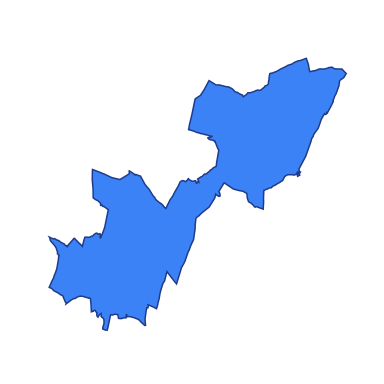 outline of Songdalen nor, Vest-Agder, Norway, rotated 279°
{"feature_id": "86288312B8031937761256", "entity_name": "Songdalen nor", "entity_type": "district", "adm_level": 2, "iso_a3": "NOR", "parent_name": "Norway", "parent_adm1": "Vest-Agder", "projection": "robinson", "projection_center": [7.708, 58.239], "detail": "fine", "context": "isolated", "style": "filled", "palette": "blue", "viewbox_px": 384, "rotation_deg": 279, "n_neighbors": 0, "source": "geoboundaries", "source_scale": "gbopen_adm2", "svg_char_len": 5932}
<svg xmlns="http://www.w3.org/2000/svg" viewBox="0 0 384 384"><g transform="rotate(279 192 192)"><path d="M304.7,191.4L294.9,188.0L288.7,185.2L285.3,181.4L284.1,180.5L268.7,179.8L258.6,179.0L255.9,178.9L253.8,179.1L253.7,178.8L253.1,178.8L252.9,179.8L252.8,181.5L252.2,185.2L251.8,186.7L251.5,187.7L251.5,188.7L251.6,188.9L251.1,191.2L251.0,194.4L250.8,195.3L250.6,197.4L250.8,198.0L250.5,199.1L250.3,199.5L250.3,199.9L250.1,202.3L250.3,203.6L248.7,201.1L248.1,199.2L248.2,198.6L247.7,199.5L247.7,199.8L247.4,199.9L247.5,200.2L247.1,200.3L246.6,200.8L246.6,201.8L246.4,202.2L246.4,202.6L246.6,203.6L245.9,206.1L245.9,206.7L245.2,206.5L244.6,207.4L238.9,210.7L237.4,211.9L224.8,211.7L221.1,211.9L219.3,209.3L217.1,207.7L216.7,206.9L216.1,206.4L215.5,206.2L212.1,203.2L211.9,203.0L211.7,201.5L208.8,199.5L208.2,198.3L205.7,195.5L202.9,197.3L202.7,197.3L203.4,196.3L201.3,195.4L201.5,194.7L202.6,194.5L203.2,194.0L203.7,193.8L203.7,193.2L203.1,192.4L202.8,191.1L202.7,190.2L203.8,187.2L204.2,186.9L204.6,186.3L202.5,185.2L201.7,184.6L201.1,183.8L201.5,183.4L201.9,181.7L201.5,180.3L200.5,178.9L197.0,177.8L195.9,177.6L189.6,175.1L185.0,173.6L180.4,171.4L171.7,168.8L172.2,168.3L172.3,167.5L173.5,166.2L173.4,165.8L174.4,165.4L175.5,163.6L175.8,163.2L175.6,163.0L176.3,162.0L176.5,161.4L179.0,157.2L181.1,155.8L181.1,155.5L182.2,154.1L188.0,149.2L192.1,144.4L199.7,138.6L199.8,136.9L200.0,136.5L200.5,134.2L200.3,133.6L200.4,133.4L199.9,133.1L200.7,132.0L202.4,128.4L202.5,128.2L202.4,127.9L202.6,127.7L202.4,127.4L203.0,127.0L203.3,126.1L202.8,126.8L200.2,127.2L196.7,123.2L195.4,121.6L193.8,119.7L193.1,119.0L193.0,118.2L193.3,117.3L193.2,116.1L193.7,110.4L196.1,102.1L196.3,100.8L197.0,98.2L197.3,96.6L198.7,90.2L196.6,90.4L188.3,91.6L179.5,93.8L170.8,95.3L169.7,97.2L169.0,99.1L168.9,100.0L167.6,102.0L166.2,103.7L165.9,103.5L164.7,103.8L164.7,104.2L164.4,104.4L164.5,104.7L164.8,104.8L164.9,105.5L163.8,106.2L163.8,107.5L161.3,112.2L160.0,112.0L143.6,111.3L138.5,110.4L131.7,108.7L132.7,108.5L133.2,108.1L134.9,108.6L136.2,107.9L136.4,107.6L136.4,107.3L136.1,107.1L135.9,106.6L135.7,106.5L135.6,106.1L135.9,105.6L136.0,105.1L136.4,104.8L136.5,104.4L135.9,103.1L134.6,101.8L133.1,101.0L132.8,100.0L131.2,97.7L130.7,93.4L128.7,92.9L121.1,92.2L122.7,90.3L124.4,87.6L126.0,85.7L126.8,84.4L127.2,84.1L127.3,83.7L127.7,83.4L127.7,83.0L127.8,82.8L122.0,79.1L119.5,77.7L118.5,77.5L118.7,76.9L119.4,76.7L119.1,76.1L119.9,74.5L120.6,74.2L121.8,70.4L123.2,67.9L123.4,66.8L123.2,66.5L124.0,65.0L124.5,63.5L124.0,62.6L124.0,62.2L125.1,58.2L124.5,58.7L121.8,59.7L117.8,64.5L115.4,66.7L114.5,67.0L111.6,68.6L110.0,68.7L109.9,69.1L109.4,69.4L108.6,70.6L108.2,70.4L103.5,70.6L95.4,70.5L91.6,69.9L87.9,69.0L85.8,68.8L81.3,67.3L78.4,66.7L75.5,65.8L75.3,66.1L74.9,68.2L73.7,70.1L73.1,70.5L71.0,76.4L70.4,77.2L69.9,78.2L69.6,80.2L68.9,80.8L63.5,84.1L62.6,85.2L61.7,85.1L66.8,90.0L68.3,92.0L68.6,93.4L70.0,94.7L70.7,95.7L71.2,96.8L71.7,98.4L71.9,100.5L71.5,102.6L71.2,105.8L70.9,106.8L71.2,107.6L71.0,108.3L64.9,109.9L58.1,111.3L58.5,111.6L58.7,112.1L58.4,112.2L58.8,113.2L59.6,113.9L60.1,114.7L57.7,116.8L57.7,117.1L56.3,117.0L55.3,117.3L54.0,118.1L54.1,118.4L53.8,118.8L55.8,119.5L57.8,121.2L56.6,121.7L54.8,121.7L53.0,124.6L52.6,124.8L49.7,125.5L48.1,125.6L44.3,125.1L42.7,125.3L42.2,127.3L42.1,129.8L44.3,130.1L54.0,130.6L55.7,130.6L58.0,130.9L58.1,133.0L59.2,134.8L59.3,137.9L55.7,139.2L55.7,140.3L55.9,142.1L56.3,142.6L57.3,145.3L57.4,146.5L58.5,146.3L61.2,146.5L58.6,147.4L59.2,149.4L58.9,153.7L58.0,158.0L57.6,159.2L56.9,160.4L55.9,161.5L52.8,166.1L52.8,166.6L53.1,167.0L58.3,165.6L59.6,165.5L67.2,165.3L70.6,165.4L70.6,166.5L72.4,166.7L73.7,166.2L72.4,171.8L71.6,173.8L71.2,175.2L74.3,175.7L77.3,175.8L81.0,176.2L87.5,176.3L92.5,176.9L97.5,177.7L99.6,178.8L109.4,179.7L100.9,188.7L98.8,191.1L115.8,193.5L120.3,195.2L123.1,196.0L132.4,197.6L134.1,198.3L137.8,198.9L145.4,201.0L156.3,200.8L159.9,200.3L166.4,200.0L167.3,200.4L169.2,202.0L169.5,202.6L171.4,203.8L173.8,205.8L179.8,211.3L189.5,215.4L193.6,215.8L192.8,216.7L192.5,217.7L192.0,218.8L191.9,219.3L192.2,219.7L192.3,220.3L192.7,220.4L193.8,219.9L194.9,219.8L195.3,219.3L195.9,219.1L196.6,218.4L206.1,222.3L201.4,232.5L200.8,238.1L200.7,242.2L199.2,246.2L198.7,246.5L194.6,247.6L191.2,249.4L190.1,252.3L188.5,254.6L187.2,255.9L186.9,256.8L187.5,257.5L187.6,257.9L186.2,265.0L193.4,264.3L197.0,263.6L204.9,262.7L205.4,263.8L205.9,264.4L206.7,265.9L208.2,267.9L208.5,269.6L210.5,271.0L212.1,273.6L212.6,273.9L214.8,276.7L217.6,279.8L221.8,281.1L223.9,283.6L224.3,285.4L224.7,288.1L224.7,290.2L224.8,290.7L225.7,291.7L226.3,292.7L224.0,293.9L225.5,295.8L225.8,295.6L226.7,294.1L226.5,293.8L227.4,293.6L227.5,292.8L228.4,293.1L228.4,293.5L227.6,294.2L227.1,295.1L226.8,295.2L228.6,295.9L228.6,295.6L229.4,294.9L231.3,294.0L245.0,298.7L260.5,301.6L263.2,301.8L265.9,303.0L267.7,303.2L269.3,303.9L274.7,306.7L283.7,308.3L287.2,309.5L290.0,310.6L289.5,311.2L289.5,311.7L289.6,312.0L290.1,312.5L291.8,312.6L292.0,313.0L291.5,313.4L298.6,315.9L303.6,317.4L304.7,317.1L309.9,318.2L311.4,318.9L319.9,320.5L324.8,320.4L325.9,321.1L328.7,324.0L333.2,325.8L333.9,324.7L336.9,320.9L336.0,314.6L336.1,313.3L337.2,310.6L336.2,307.4L335.6,306.7L334.1,303.3L333.5,298.7L332.7,297.2L331.5,295.4L330.7,293.5L330.8,293.3L329.3,289.6L330.2,289.1L334.8,287.4L335.8,287.2L341.9,284.0L338.6,278.0L338.1,276.1L337.7,275.6L336.0,272.8L334.2,271.0L332.0,266.7L330.9,265.5L326.8,259.6L324.7,257.2L322.2,253.0L321.5,251.0L321.1,250.3L317.2,250.2L314.4,250.5L313.6,250.2L311.3,250.5L310.2,250.3L308.7,248.8L308.3,247.7L307.7,247.3L307.2,247.3L303.5,244.0L302.9,242.8L303.0,241.3L302.8,240.5L301.6,238.4L300.9,237.6L300.1,235.9L299.4,234.6L298.9,233.1L298.9,231.8L296.5,230.3L294.1,227.7L295.5,226.9L295.8,226.3L296.1,224.7L296.6,223.1L297.6,221.1L297.4,220.5L297.7,219.0L299.3,216.9L300.3,215.4L301.5,211.9L301.4,208.7L302.0,202.4L301.5,198.9L304.7,191.4Z" fill="#3b82f6" stroke="#1e3a8a" stroke-width="1.5"/></g></svg>